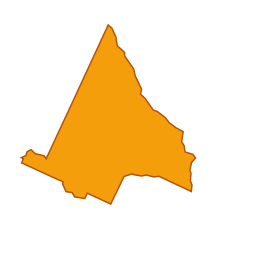 outline of Conecuh, Alabama, United States of America, rotated 115°
{"feature_id": "52423323B58317366123226", "entity_name": "Conecuh", "entity_type": "district", "adm_level": 2, "iso_a3": "USA", "parent_name": "United States of America", "parent_adm1": "Alabama", "projection": "equal_earth", "projection_center": [-86.986, 31.468], "detail": "fine", "context": "isolated", "style": "filled", "palette": "amber", "viewbox_px": 256, "rotation_deg": 115, "n_neighbors": 0, "source": "geoboundaries", "source_scale": "gbopen_adm2", "svg_char_len": 811}
<svg xmlns="http://www.w3.org/2000/svg" viewBox="0 0 256 256"><g transform="rotate(115 128 128)"><path d="M43.0,189.5L129.9,189.2L190.4,189.2L188.6,192.3L190.5,201.3L188.6,206.7L192.1,209.4L196.1,208.9L200.0,212.2L200.0,210.0L204.6,209.6L204.4,170.5L204.1,164.3L206.3,163.7L211.9,157.2L210.1,151.4L213.0,147.3L210.2,137.3L204.3,137.3L204.2,111.5L173.6,111.1L167.7,104.7L167.8,102.7L165.8,95.5L162.8,91.3L161.5,84.2L158.7,79.4L158.8,43.8L152.6,45.9L149.4,49.2L142.4,51.8L140.4,54.0L132.6,55.8L126.6,54.1L124.5,58.1L125.6,66.2L120.6,69.4L117.7,73.6L108.0,76.5L107.5,84.8L105.8,92.8L102.7,99.0L100.7,108.3L101.0,112.8L94.0,125.0L92.0,131.0L88.0,131.9L86.9,132.3L77.8,143.4L72.1,147.8L64.2,161.4L61.0,163.0L58.0,172.5L50.6,177.5L44.4,184.7L43.0,189.5Z" fill="#f59e0b" stroke="#b45309" stroke-width="1.5"/></g></svg>